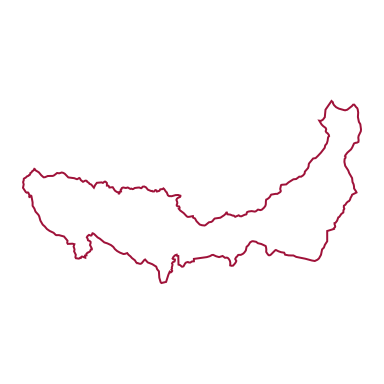 Teregova, Caras-Severin, Romania
{"feature_id": "2599482B41858605084991", "entity_name": "Teregova", "entity_type": "district", "adm_level": 2, "iso_a3": "ROU", "parent_name": "Romania", "parent_adm1": "Caras-Severin", "projection": "orthographic", "projection_center": [22.378, 45.199], "detail": "fine", "context": "isolated", "style": "outline", "palette": "rose", "viewbox_px": 384, "rotation_deg": 0, "n_neighbors": 0, "source": "geoboundaries", "source_scale": "gbopen_adm2", "svg_char_len": 6004}
<svg xmlns="http://www.w3.org/2000/svg" viewBox="0 0 384 384"><path d="M212.0,255.0L213.2,254.9L216.2,256.3L219.1,257.1L222.6,256.0L225.0,257.8L226.9,257.6L228.0,258.1L229.1,259.4L229.9,260.9L230.3,262.7L230.2,265.4L231.6,265.8L233.1,265.6L235.1,263.3L236.0,261.8L236.3,260.9L235.2,259.0L236.0,257.4L237.2,256.4L237.9,255.2L238.6,254.9L240.7,254.9L242.8,253.9L244.2,252.7L245.8,250.5L246.6,246.8L248.3,245.3L250.2,242.3L252.0,241.3L252.9,241.2L256.1,241.8L257.9,243.2L261.3,244.0L265.6,246.0L266.0,247.1L266.3,249.3L266.2,251.9L267.2,253.5L268.4,255.0L269.0,255.3L269.9,255.2L270.8,254.7L275.2,250.3L275.9,250.0L278.5,251.3L281.1,252.2L284.2,252.7L285.1,254.7L288.8,255.4L293.5,255.5L296.2,256.9L305.2,258.7L311.9,260.5L314.8,261.0L317.5,259.7L319.0,258.4L321.0,254.8L322.1,249.4L323.9,247.6L324.9,244.8L327.2,241.3L327.2,231.0L333.8,229.0L333.6,228.6L334.9,227.3L335.2,226.7L335.0,225.4L334.6,224.5L334.5,223.1L335.5,222.8L337.1,220.7L338.3,217.4L339.3,216.9L341.3,214.0L343.3,212.5L343.5,210.1L344.3,208.8L343.8,207.3L343.9,205.7L345.4,204.7L346.6,202.8L347.9,201.6L349.0,201.1L350.0,199.7L350.6,197.8L351.6,196.1L352.1,194.7L356.5,192.5L356.1,191.5L354.1,188.5L354.0,186.4L353.6,184.3L352.5,182.0L352.1,178.1L349.2,173.1L348.2,170.4L345.2,165.8L344.4,161.9L344.6,159.0L345.5,157.8L345.5,156.5L345.0,156.1L345.4,155.2L347.4,152.6L351.0,149.4L352.2,147.5L354.0,143.5L355.6,142.8L356.9,142.7L358.4,141.9L358.6,140.2L358.3,137.7L358.6,135.9L360.8,131.3L361.0,129.4L360.3,124.2L358.9,121.9L357.9,117.0L358.2,112.6L357.7,109.4L357.2,108.1L356.1,107.1L354.3,104.7L353.1,104.7L352.0,106.0L347.3,109.7L345.1,110.3L344.1,110.1L338.8,108.6L336.1,107.2L334.0,105.1L333.0,103.3L332.9,102.3L331.5,101.0L325.5,109.7L324.8,117.2L322.9,119.7L320.9,120.9L319.3,120.7L321.6,124.5L323.2,126.1L325.6,127.9L326.2,129.2L325.7,131.2L326.4,132.5L327.5,133.2L328.7,134.7L329.1,136.1L328.1,137.3L327.6,140.8L326.8,143.5L325.2,145.4L324.7,147.8L320.9,152.7L317.7,156.1L315.6,158.1L313.1,158.5L309.2,163.3L308.8,164.1L308.6,166.3L308.0,168.1L304.9,171.6L304.6,173.6L303.2,175.3L301.1,176.7L299.2,176.7L296.2,179.0L293.4,179.3L288.5,182.4L286.2,184.4L281.7,184.8L281.0,185.2L280.2,189.0L280.8,191.0L280.3,192.0L277.3,193.9L275.4,193.9L271.3,194.6L270.8,195.1L270.0,196.7L268.9,197.9L267.5,199.0L266.2,199.6L265.9,201.2L265.8,204.3L265.4,205.8L264.1,207.6L261.8,209.7L260.4,210.1L258.0,209.6L255.8,211.3L254.8,211.6L251.6,211.1L248.7,211.5L247.3,212.0L246.9,212.4L246.5,214.1L246.1,214.5L244.8,214.7L241.4,216.3L240.0,216.2L238.7,215.3L235.2,216.8L233.7,215.6L232.7,215.6L230.2,214.6L227.5,214.3L226.8,212.5L226.3,212.6L225.7,213.7L224.3,215.1L220.4,217.7L214.8,218.5L213.9,219.3L212.5,221.1L211.3,221.9L208.9,222.3L205.5,225.1L204.6,225.5L201.8,225.2L199.7,224.5L196.5,221.2L195.0,218.5L193.1,217.6L192.9,216.1L189.3,216.8L187.9,216.9L186.8,216.4L183.7,213.1L180.2,210.5L178.8,208.8L179.5,208.3L179.6,207.5L179.3,206.9L179.0,206.4L177.6,206.3L176.8,205.7L176.7,205.0L177.3,203.2L177.2,202.0L176.4,199.9L176.9,198.8L177.9,197.9L180.1,196.9L180.4,196.3L180.4,195.7L178.1,195.0L175.6,195.1L171.7,196.2L169.1,196.1L167.9,195.3L166.7,192.3L166.0,191.8L164.2,189.1L163.4,188.4L162.5,189.1L160.3,189.3L159.4,190.8L157.5,191.4L156.9,191.5L156.4,190.4L155.3,190.1L154.2,191.4L152.9,191.5L152.0,190.9L151.3,191.1L147.9,189.7L145.9,187.3L144.2,186.5L142.7,186.7L141.5,188.1L140.7,188.1L139.2,187.5L137.8,187.6L134.8,188.0L133.2,189.0L132.4,189.1L131.4,188.6L130.3,188.9L127.8,187.5L125.9,188.0L123.1,187.5L121.8,188.1L121.3,189.5L120.8,189.6L120.6,190.4L121.0,191.5L119.4,192.0L119.6,192.7L119.5,193.2L119.3,193.5L118.7,193.5L118.5,192.5L116.7,191.9L114.9,190.6L112.7,187.2L109.4,187.5L108.6,185.9L108.2,185.6L106.9,185.6L106.9,183.0L105.5,181.7L104.5,181.7L102.9,182.9L101.5,182.4L96.9,182.8L95.2,185.0L93.9,187.7L91.3,184.6L89.5,183.8L88.7,182.7L87.3,181.9L86.8,181.0L86.2,180.7L85.2,180.7L83.0,181.8L80.8,180.1L79.9,178.4L79.2,178.0L77.4,179.1L76.6,179.1L74.3,178.2L68.3,177.4L64.7,173.7L63.3,172.9L61.8,172.5L59.2,173.3L57.1,173.0L54.0,175.4L52.8,175.9L47.8,176.0L45.0,177.2L43.6,177.3L41.3,175.3L38.8,172.3L35.3,170.2L35.1,169.4L34.3,168.9L33.3,170.6L32.2,171.2L31.4,172.5L30.4,173.0L30.2,174.0L29.6,175.0L29.0,175.1L28.5,175.8L27.1,176.3L25.6,177.7L24.2,178.4L23.8,178.8L23.7,180.3L23.1,182.1L23.7,184.4L23.0,187.8L25.8,192.1L26.8,192.7L27.8,192.4L28.3,192.7L29.2,194.7L29.4,196.1L29.3,196.7L28.7,197.3L29.7,197.0L30.7,195.6L31.1,195.7L31.4,196.0L32.6,202.4L32.6,205.8L34.4,208.6L35.5,211.6L38.4,214.8L39.2,216.3L40.4,220.6L42.7,224.6L44.8,226.5L46.9,229.0L49.6,230.9L53.6,232.8L55.5,234.7L56.2,235.1L58.9,235.1L64.0,236.5L67.5,240.7L67.2,242.8L67.8,243.9L72.5,243.7L74.4,244.2L73.6,246.6L74.4,248.9L74.5,249.8L74.1,251.3L75.8,254.8L75.4,257.2L75.9,258.2L78.5,258.6L79.5,258.4L79.9,257.9L80.8,258.0L81.2,257.0L82.0,256.5L85.3,257.7L85.3,257.0L84.8,256.1L85.0,255.5L86.5,255.3L86.4,253.9L87.6,252.6L88.1,252.6L90.0,251.4L90.6,250.1L90.7,249.6L91.8,249.4L91.8,248.5L90.0,245.0L90.6,243.1L90.6,241.9L89.7,241.0L88.0,240.3L87.6,238.6L86.8,237.3L87.6,236.0L89.0,234.9L90.9,235.6L91.5,235.4L92.5,233.3L93.3,233.5L94.3,234.2L97.6,237.4L100.0,238.8L104.3,242.4L107.4,243.4L111.0,245.1L113.3,246.9L114.9,249.1L117.1,251.0L119.9,252.6L123.4,254.0L124.8,253.9L127.2,253.1L128.5,254.8L130.5,256.4L131.9,258.0L134.9,260.3L136.2,262.4L137.1,263.2L137.6,263.0L139.3,263.7L140.7,263.8L141.7,263.2L144.3,260.0L145.1,259.5L147.7,262.4L152.3,264.2L155.8,266.4L156.2,266.6L157.2,269.3L158.9,271.3L159.3,277.7L160.6,282.1L161.4,283.0L166.1,281.9L168.4,274.7L169.7,271.7L170.7,272.4L171.7,271.7L172.2,270.9L171.4,269.6L172.0,268.7L171.8,267.5L172.4,265.5L172.5,264.4L172.0,263.4L172.8,262.2L174.5,261.5L174.9,260.3L174.9,259.5L173.3,259.2L172.6,258.6L173.5,256.8L175.2,255.2L176.7,254.7L176.9,255.7L178.3,256.0L178.5,264.6L180.2,265.2L181.9,266.7L182.6,266.7L183.5,266.3L185.2,263.3L186.1,262.5L187.9,262.0L188.9,262.5L190.4,262.5L191.9,261.5L193.9,261.3L193.9,258.9L206.8,257.1L209.8,256.2L212.0,255.0Z" fill="none" stroke="#9f1239" stroke-width="2"/></svg>